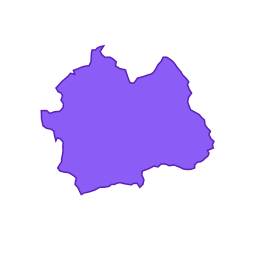 the district of São Lourenço da Serra, São Paulo, Brazil, rotated 298°
{"feature_id": "56859067B37317511483165", "entity_name": "São Lourenço da Serra", "entity_type": "district", "adm_level": 2, "iso_a3": "BRA", "parent_name": "Brazil", "parent_adm1": "São Paulo", "projection": "robinson", "projection_center": [-46.936, -23.856], "detail": "fine", "context": "isolated", "style": "filled", "palette": "violet", "viewbox_px": 256, "rotation_deg": 298, "n_neighbors": 0, "source": "geoboundaries", "source_scale": "gbopen_adm2", "svg_char_len": 1929}
<svg xmlns="http://www.w3.org/2000/svg" viewBox="0 0 256 256"><g transform="rotate(298 128 128)"><path d="M82.8,70.3L86.0,70.2L86.7,73.2L85.0,77.5L81.1,79.1L77.4,81.4L73.4,82.8L69.8,83.8L66.7,85.3L63.1,84.8L59.7,84.7L58.1,87.9L59.0,92.0L60.8,96.8L60.4,102.4L59.5,106.0L56.0,106.7L53.3,107.8L52.0,111.6L49.3,115.2L47.3,118.0L50.3,119.9L52.2,122.4L54.5,124.8L57.8,127.9L62.4,130.9L64.4,134.6L67.6,138.7L70.4,139.8L71.8,142.5L74.2,144.3L76.1,146.7L77.0,150.6L78.3,154.4L79.3,157.5L81.8,159.0L83.4,162.2L81.1,166.3L85.3,167.6L89.7,166.4L93.1,162.2L96.7,160.9L100.2,164.0L103.0,166.3L106.4,168.6L107.8,172.9L111.8,174.1L113.9,178.4L114.0,182.0L117.0,186.1L117.7,192.1L117.8,196.0L118.9,199.3L120.9,202.7L124.0,205.6L126.7,204.2L130.2,205.2L132.3,207.9L134.7,209.4L137.8,210.4L140.6,211.7L143.7,211.4L145.4,208.7L147.9,210.7L150.3,212.7L153.1,210.3L156.5,210.2L157.5,206.3L160.3,202.4L163.9,202.3L165.2,198.2L166.6,194.9L171.0,191.6L171.8,188.0L173.2,184.9L173.4,179.3L173.4,174.8L175.9,171.8L179.0,168.4L183.5,167.1L188.7,167.8L190.8,164.0L194.5,159.9L197.2,160.1L199.0,156.3L200.5,151.3L202.5,148.2L204.2,143.8L206.1,140.2L207.7,136.7L208.4,133.0L208.7,129.1L207.0,125.8L202.5,126.0L198.1,124.8L192.9,124.8L189.3,124.4L186.6,123.2L184.6,121.1L181.9,118.6L178.8,115.5L176.5,112.9L173.2,112.6L170.4,112.1L168.9,108.5L171.4,105.5L175.1,101.5L178.1,98.5L176.6,92.8L176.9,87.8L180.9,86.6L182.0,82.2L182.0,78.6L179.6,74.6L180.5,70.6L182.5,67.5L189.1,68.0L186.6,65.2L184.3,63.4L181.7,62.7L180.1,59.7L176.9,60.6L174.3,61.8L169.4,64.1L164.8,64.4L162.0,60.5L158.9,57.6L156.2,55.5L153.3,52.7L150.3,55.8L149.3,51.5L146.1,50.9L142.8,49.7L138.2,47.9L135.0,47.1L129.5,45.6L127.2,49.4L127.5,52.5L125.7,55.1L121.1,55.8L119.1,59.7L115.4,61.1L110.7,59.9L107.7,55.4L104.2,52.2L105.2,47.9L102.6,43.3L99.2,45.3L95.4,47.4L92.8,49.7L90.0,52.0L89.5,56.2L90.8,60.3L90.4,63.9L86.8,66.7L82.8,70.3Z" fill="#8b5cf6" stroke="#5b21b6" stroke-width="1.5"/></g></svg>